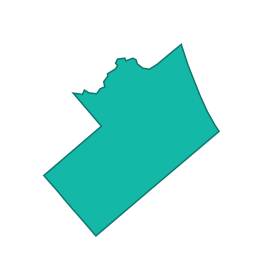 outline of Walton, Florida, United States of America, rotated 229°
{"feature_id": "52423323B98740457076881", "entity_name": "Walton", "entity_type": "district", "adm_level": 2, "iso_a3": "USA", "parent_name": "United States of America", "parent_adm1": "Florida", "projection": "mercator", "projection_center": [-86.07, 30.632], "detail": "fine", "context": "isolated", "style": "filled", "palette": "teal", "viewbox_px": 256, "rotation_deg": 229, "n_neighbors": 0, "source": "geoboundaries", "source_scale": "gbopen_adm2", "svg_char_len": 742}
<svg xmlns="http://www.w3.org/2000/svg" viewBox="0 0 256 256"><g transform="rotate(229 128 128)"><path d="M113.0,33.1L101.5,33.0L97.4,33.1L90.0,33.1L86.6,33.1L72.9,33.0L72.0,32.9L70.8,32.9L67.6,33.0L66.9,102.5L65.7,194.5L73.1,195.5L87.9,198.5L105.1,203.6L135.0,214.1L155.3,222.6L156.1,223.1L156.5,211.9L156.9,191.7L158.3,182.7L163.4,178.4L170.3,177.1L174.2,178.8L177.5,177.4L180.2,170.3L182.8,171.4L186.9,165.3L185.0,161.0L182.2,161.4L180.8,157.5L182.4,148.0L180.4,147.0L178.9,140.1L174.2,137.4L175.9,132.8L174.4,126.8L179.9,121.7L185.2,120.0L183.3,115.6L190.3,109.5L146.8,109.1L147.4,33.3L143.4,33.3L142.6,33.3L128.9,33.4L118.5,33.2L117.1,33.1L115.7,33.1L114.6,33.1L113.0,33.1Z" fill="#14b8a6" stroke="#0f766e" stroke-width="1.5"/></g></svg>